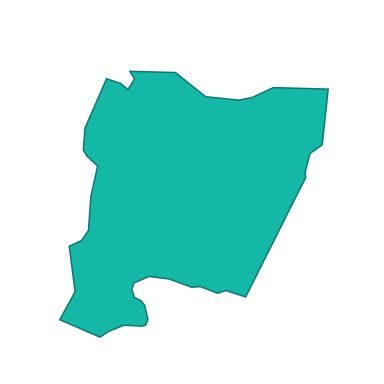 outline of Essex, New Jersey, United States of America, rotated 81°
{"feature_id": "52423323B34984401006879", "entity_name": "Essex", "entity_type": "district", "adm_level": 2, "iso_a3": "USA", "parent_name": "United States of America", "parent_adm1": "New Jersey", "projection": "equal_earth", "projection_center": [-74.229, 40.792], "detail": "fine", "context": "isolated", "style": "filled", "palette": "teal", "viewbox_px": 384, "rotation_deg": 81, "n_neighbors": 0, "source": "geoboundaries", "source_scale": "gbopen_adm2", "svg_char_len": 732}
<svg xmlns="http://www.w3.org/2000/svg" viewBox="0 0 384 384"><g transform="rotate(81 192 192)"><path d="M66.8,258.7L112.1,287.7L133.7,292.8L139.9,290.2L151.7,281.2L180.3,292.5L213.8,300.3L222.6,308.7L226.3,321.7L272.3,323.1L297.5,342.6L320.9,305.7L316.7,296.4L312.9,280.2L316.8,261.9L316.2,258.7L311.1,255.5L296.7,256.4L291.6,259.1L287.2,265.4L278.8,266.6L272.7,263.4L268.7,247.8L274.3,228.3L286.0,207.3L286.8,198.4L296.1,182.5L294.6,174.1L304.0,155.4L252.3,118.3L237.4,107.6L230.2,102.5L195.8,77.6L189.4,76.9L172.3,69.3L166.0,56.4L164.7,55.7L111.7,41.4L101.6,95.3L108.0,117.6L108.6,131.4L100.0,163.6L71.4,189.7L63.1,234.5L71.3,231.1L80.7,239.2L73.5,245.6L66.8,258.7Z" fill="#14b8a6" stroke="#0f766e" stroke-width="1.5"/></g></svg>